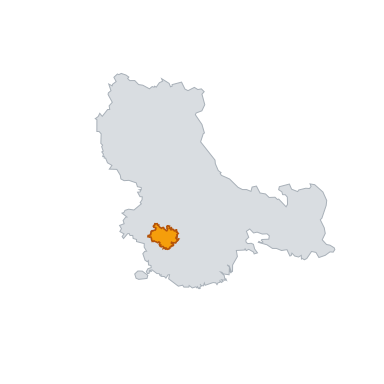 Guizhou highlighted on a map of China, rotated 49°
{"feature_id": "CHN-1153", "entity_name": "Guizhou", "entity_type": "Province", "adm_level": 1, "iso_a3": "CHN", "parent_name": "China", "parent_adm1": "", "projection": "robinson", "projection_center": [106.929, 26.939], "detail": "fine", "context": "in_parent", "style": "filled", "palette": "amber", "viewbox_px": 384, "rotation_deg": 49, "n_neighbors": 0, "source": "natural_earth", "source_scale": "10m", "svg_char_len": 8670}
<svg xmlns="http://www.w3.org/2000/svg" viewBox="0 0 384 384"><g transform="rotate(49 192 192)"><path d="M212.7,272.2L206.3,269.6L205.8,266.6L206.9,265.1L202.3,264.3L199.6,261.9L193.0,266.4L191.5,265.0L188.4,266.9L185.9,265.2L184.2,267.3L182.1,266.7L181.2,268.0L182.2,274.2L179.8,274.0L179.0,270.8L174.5,272.4L173.4,269.3L169.7,268.6L171.4,264.0L168.3,262.7L167.5,258.7L168.2,257.5L162.0,258.7L162.8,256.9L161.9,254.6L163.4,251.1L167.5,247.6L167.7,238.0L166.0,238.1L165.1,234.8L163.0,232.7L161.4,234.3L156.4,233.2L157.9,231.2L157.2,229.6L155.7,230.3L156.8,228.5L155.3,227.4L152.2,229.7L148.5,228.1L141.8,232.0L138.9,235.8L135.5,237.1L132.2,235.1L125.6,233.9L120.5,239.4L119.4,235.0L114.5,236.6L109.8,235.0L108.7,236.0L107.5,234.9L106.7,236.1L105.3,234.0L102.6,233.8L102.9,232.2L98.5,230.4L98.0,228.7L95.5,228.9L88.5,222.4L85.5,222.4L83.9,224.1L75.0,216.3L73.2,216.9L73.5,213.2L72.1,210.0L76.0,210.1L74.4,201.6L75.7,199.9L72.6,198.0L72.0,193.3L63.4,191.4L62.3,190.1L62.4,186.7L55.9,184.0L59.5,182.6L58.6,181.3L58.9,176.8L54.2,175.7L54.0,170.9L55.4,170.2L56.1,167.6L60.4,165.1L63.8,164.3L64.1,166.1L67.1,165.9L70.3,162.1L75.9,161.8L79.1,159.1L86.2,156.4L86.3,152.9L88.1,151.8L87.6,150.8L89.4,150.2L88.1,144.9L89.1,141.5L86.5,140.6L95.0,138.0L98.5,139.2L99.1,137.6L97.9,136.6L102.2,127.8L109.7,129.8L112.9,128.5L114.6,121.6L118.5,120.4L120.3,117.3L124.3,117.0L124.7,120.3L134.5,125.1L137.2,131.3L135.1,137.0L135.9,138.8L147.6,140.2L155.6,143.9L155.4,145.3L159.8,152.6L183.0,153.7L185.9,155.8L193.0,158.1L196.5,157.4L196.5,158.6L198.7,158.9L206.9,155.1L218.6,154.2L223.3,152.3L226.0,149.2L230.2,147.1L227.7,143.4L229.8,139.5L237.4,141.3L241.7,137.8L246.7,137.4L250.4,132.8L253.8,132.4L254.2,131.2L264.9,130.7L264.0,128.0L258.4,123.4L255.2,123.4L253.5,125.3L250.8,124.1L247.1,125.1L245.3,122.6L249.9,113.3L255.2,115.0L261.0,112.0L260.5,110.1L263.8,103.7L266.5,101.0L265.9,98.5L263.3,97.6L267.0,94.6L277.9,93.2L286.8,95.9L290.2,99.6L297.0,111.2L297.1,113.4L305.8,115.7L310.7,118.6L313.5,125.1L319.9,124.9L322.6,122.8L327.4,121.3L329.2,122.0L330.0,124.9L327.7,127.2L327.2,133.0L324.7,139.2L318.9,138.1L315.3,140.8L317.5,149.0L316.9,151.6L314.1,152.6L314.7,153.7L311.5,151.1L311.0,154.2L307.7,156.5L303.7,156.7L305.0,158.9L304.5,160.1L297.8,158.2L294.9,162.8L290.0,165.3L287.4,168.3L280.9,170.1L273.5,175.0L273.2,173.9L275.8,172.9L276.3,171.3L273.8,171.3L273.7,170.4L278.0,165.0L275.8,162.4L272.8,162.8L269.9,166.5L265.0,169.2L263.3,172.4L257.8,172.7L257.3,176.7L263.4,178.9L263.6,182.9L265.2,184.0L267.4,183.9L269.6,180.9L271.8,180.0L276.1,182.1L280.9,182.5L279.5,185.7L277.6,185.0L272.5,186.8L271.8,189.6L269.7,189.2L270.2,190.5L265.2,196.9L270.5,200.1L273.7,209.2L278.5,213.5L278.3,214.7L272.3,212.4L270.0,213.3L273.2,213.0L278.8,218.3L274.5,222.0L272.3,222.1L271.1,222.9L276.2,222.5L280.3,225.0L277.6,227.2L279.8,227.1L279.6,229.1L277.4,229.2L278.5,230.2L277.6,231.9L278.3,233.9L276.1,233.7L274.2,235.5L271.0,243.3L268.8,242.4L270.3,245.0L268.3,246.6L266.7,246.2L269.1,246.8L269.2,250.3L267.0,250.0L267.6,251.2L266.1,251.3L264.6,254.7L260.7,255.5L261.7,256.8L258.5,260.5L256.2,260.2L254.1,264.1L242.2,266.6L239.7,263.2L238.8,264.3L239.9,268.2L237.7,268.3L235.3,270.7L234.1,269.6L233.9,270.9L232.1,270.3L230.5,272.0L224.6,273.2L223.4,275.4L225.2,277.8L224.4,279.1L222.1,278.7L221.0,275.6L222.3,272.4L220.5,271.2L218.5,272.7L215.2,270.0L215.3,271.5L212.7,272.2ZM225.9,280.0L227.7,282.7L223.0,289.5L220.4,290.8L216.3,289.0L216.1,284.7L219.1,281.4L225.9,280.0ZM278.8,215.8L277.1,215.5L275.6,214.1L276.8,214.3L278.8,215.8ZM281.2,223.9L280.0,224.2L279.7,223.4L281.2,223.9ZM270.2,249.2L269.6,250.1L269.7,248.9L270.2,249.2ZM224.0,275.1L225.2,274.6L225.1,275.3L224.0,275.1Z" fill="#d9dde1" stroke="#a8b0b8" stroke-width="1"/><path d="M210.3,228.5L210.5,228.8L211.0,229.0L211.7,229.1L211.8,229.7L211.9,230.0L212.0,230.0L212.3,230.0L212.7,229.7L213.0,229.5L213.6,229.6L214.2,229.5L214.2,229.9L214.4,230.4L214.4,230.7L214.6,230.9L214.6,231.1L214.3,231.3L214.4,231.7L214.7,231.8L215.1,231.9L215.2,232.0L215.4,231.9L215.6,232.1L215.6,233.2L215.6,233.3L215.7,233.7L215.9,233.7L216.1,233.7L216.0,233.2L215.9,233.0L215.9,232.9L216.2,232.8L216.5,233.1L216.5,233.3L216.3,234.2L216.3,234.3L216.6,234.2L216.9,234.4L217.1,234.3L217.3,234.4L217.5,234.4L218.0,234.5L218.1,234.3L218.0,234.1L218.2,233.8L218.4,233.0L218.6,232.8L218.8,232.7L218.8,233.0L218.9,233.4L218.9,233.7L219.2,234.0L219.3,234.1L219.3,234.4L219.0,235.1L219.1,235.3L219.3,235.2L219.4,235.3L219.2,235.6L219.1,235.8L219.1,236.1L219.2,236.5L219.3,236.9L219.6,237.0L219.8,237.5L219.7,237.9L219.6,238.0L219.1,238.4L218.9,238.7L218.6,238.7L218.4,238.8L218.2,239.1L217.7,239.7L217.4,239.8L217.1,240.1L217.1,240.5L216.9,240.6L216.6,240.6L216.8,240.9L217.1,241.2L217.4,241.1L217.6,240.7L218.1,240.5L218.2,240.4L218.2,240.7L218.2,240.8L218.3,240.8L218.5,240.7L218.7,240.3L218.9,240.5L219.2,240.4L219.5,240.4L219.7,240.5L219.8,240.6L220.1,240.9L220.1,241.4L220.0,241.5L219.8,241.8L220.1,241.9L220.1,242.0L219.5,242.6L219.1,242.8L219.1,243.0L219.3,243.1L219.6,243.5L219.6,243.8L219.2,244.4L219.1,245.0L219.2,245.3L219.6,245.4L219.5,245.5L219.6,245.8L219.7,246.3L219.9,246.6L219.5,247.0L219.6,247.4L219.4,247.6L219.1,248.3L218.8,248.4L218.7,248.3L218.5,248.0L218.5,247.9L218.4,248.2L218.3,248.3L218.2,248.2L217.6,248.1L217.3,248.2L217.0,248.5L217.0,248.8L217.6,248.5L217.9,248.4L217.8,249.1L217.9,249.4L217.6,249.6L217.3,249.4L216.6,249.6L216.6,249.2L216.3,249.1L216.2,249.1L216.0,249.3L215.9,249.4L215.9,249.5L216.0,249.7L215.7,249.8L215.6,250.0L215.7,250.4L215.7,250.8L215.6,250.7L215.2,250.0L214.9,249.6L214.5,249.6L214.2,249.5L213.9,249.8L213.7,250.1L213.5,250.3L213.4,251.0L213.1,251.3L212.6,251.4L212.1,251.7L211.7,251.6L211.6,251.3L211.6,251.2L211.5,251.3L211.3,251.4L211.2,251.3L211.2,251.2L211.1,250.8L211.1,250.7L211.0,250.8L210.9,251.0L210.7,251.1L210.4,251.3L210.2,251.2L210.3,250.9L210.0,250.8L209.9,250.6L209.9,250.4L209.5,250.1L209.5,249.8L209.1,249.4L208.8,249.5L208.3,249.5L208.1,249.7L208.0,249.9L207.8,250.0L207.9,250.3L208.0,250.5L208.0,250.9L207.9,251.1L207.6,251.1L207.4,251.4L206.9,251.5L206.3,251.5L206.0,251.9L205.6,252.1L205.3,252.3L204.6,252.6L204.2,252.6L203.9,252.7L204.1,253.2L204.1,253.5L203.4,254.2L203.2,254.5L202.7,254.0L202.3,254.2L202.2,254.2L201.9,254.0L201.8,253.9L201.5,253.7L201.4,253.8L201.1,253.6L200.7,253.5L200.6,253.4L200.4,252.9L200.1,252.8L199.8,252.9L199.5,252.9L199.5,252.7L199.2,252.5L198.7,252.8L198.5,253.1L198.3,253.7L197.7,253.8L197.5,254.2L197.2,254.3L196.9,254.6L196.8,254.4L196.4,254.3L196.2,254.0L196.0,253.6L196.8,252.5L196.8,252.4L196.7,252.0L196.9,251.6L196.9,251.3L197.2,251.3L197.2,251.1L196.8,250.9L196.4,250.5L196.1,250.4L196.1,249.7L195.7,249.7L195.5,249.3L195.1,249.0L194.9,248.8L194.9,248.2L195.2,248.3L195.3,248.2L195.5,247.6L195.4,247.4L195.3,247.2L195.7,247.0L195.8,246.7L195.9,246.3L195.9,246.0L196.0,245.7L196.1,245.3L196.2,245.2L196.6,244.9L196.7,244.7L196.5,244.3L196.5,244.1L196.3,243.8L196.2,243.6L195.8,243.5L195.7,243.4L195.7,243.1L195.6,242.9L195.4,242.8L195.3,243.0L195.2,243.2L195.1,243.3L194.6,243.3L194.2,243.2L193.8,243.5L193.7,243.9L193.6,244.0L193.0,243.9L192.6,243.8L192.4,243.6L192.3,243.4L192.3,243.0L192.4,242.7L192.2,242.7L192.1,242.3L192.2,242.0L192.4,241.9L192.4,241.7L192.3,241.3L192.3,241.2L192.1,240.9L191.7,241.1L191.5,240.9L191.5,240.7L192.0,240.4L192.8,239.4L193.0,239.0L193.4,239.0L193.7,239.3L194.1,239.5L194.3,239.7L194.5,239.7L194.7,239.2L195.1,238.7L195.6,239.2L195.9,239.4L196.3,239.4L196.8,239.4L197.1,239.4L197.3,239.3L197.6,239.5L198.0,239.3L198.3,239.2L198.6,238.9L198.9,238.9L199.1,239.0L199.3,239.0L199.3,238.8L199.4,238.7L199.4,238.4L199.5,238.2L199.5,237.9L199.7,237.6L199.7,237.1L199.9,237.1L200.1,236.9L200.6,236.8L200.8,236.8L201.0,237.0L201.3,237.3L201.7,237.3L201.8,237.2L202.0,237.1L202.4,237.1L202.5,237.0L203.3,236.9L203.5,236.8L204.0,236.9L204.5,236.7L204.8,236.5L204.6,236.0L204.6,235.6L204.4,235.4L204.2,235.2L204.1,234.9L203.7,234.6L203.2,234.8L202.9,234.7L202.6,234.7L202.5,234.4L202.6,234.2L202.0,233.8L201.7,233.8L201.5,233.7L201.5,233.1L201.3,232.8L201.5,232.6L201.6,232.3L201.8,232.1L202.1,232.2L202.6,232.1L202.8,231.6L203.0,231.3L203.5,231.8L203.9,232.0L204.0,232.2L204.5,232.5L204.6,232.8L204.9,232.6L205.0,232.3L205.3,232.5L205.5,232.5L205.5,232.1L205.6,231.9L205.7,231.7L205.4,231.0L205.4,230.9L205.5,230.9L205.9,231.2L206.2,231.9L206.0,232.3L205.8,232.5L206.2,232.6L206.3,232.7L206.5,232.8L206.8,232.7L206.8,232.4L206.8,232.2L207.0,232.2L207.2,231.7L207.2,231.4L207.2,231.2L207.5,231.0L207.8,231.1L208.0,230.6L208.5,230.5L209.1,230.9L209.3,231.0L210.1,230.6L210.2,230.1L210.3,230.0L210.4,229.9L210.0,229.5L210.0,229.1L210.1,228.7L210.3,228.5Z" fill="#f59e0b" stroke="#b45309" stroke-width="1.5"/></g></svg>